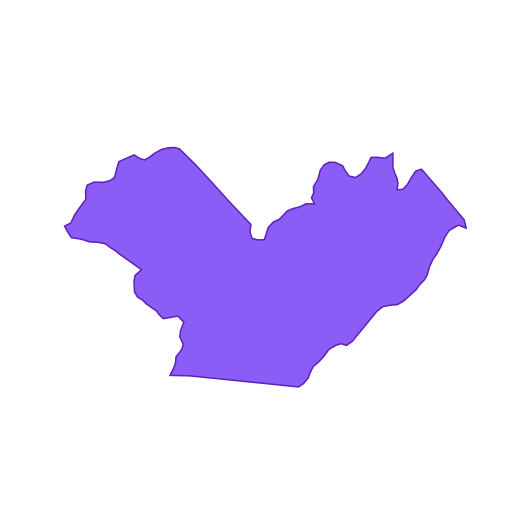 the district of Barro Preto, Bahia, Brazil, rotated 18°
{"feature_id": "56859067B30588354925121", "entity_name": "Barro Preto", "entity_type": "district", "adm_level": 2, "iso_a3": "BRA", "parent_name": "Brazil", "parent_adm1": "Bahia", "projection": "orthographic", "projection_center": [-39.447, -14.775], "detail": "fine", "context": "isolated", "style": "filled", "palette": "violet", "viewbox_px": 512, "rotation_deg": 18, "n_neighbors": 0, "source": "geoboundaries", "source_scale": "gbopen_adm2", "svg_char_len": 1821}
<svg xmlns="http://www.w3.org/2000/svg" viewBox="0 0 512 512"><g transform="rotate(18 256 256)"><path d="M447.3,164.6L442.8,157.2L437.7,154.1L430.5,149.6L419.9,142.9L413.1,138.3L386.6,122.3L381.7,125.8L379.6,133.0L377.8,141.4L375.0,147.2L369.7,149.5L368.5,142.9L365.9,138.3L362.3,134.3L358.8,129.4L357.1,123.9L354.4,115.9L348.5,123.2L341.0,124.6L335.0,126.6L334.2,132.9L333.1,138.9L330.6,145.5L326.4,150.6L319.8,151.2L314.6,147.4L310.5,143.4L302.5,142.5L296.7,144.1L292.8,148.0L290.6,154.5L291.2,164.0L289.2,172.2L291.4,178.3L290.8,183.6L295.6,188.3L287.6,190.8L282.6,195.6L276.6,199.4L271.8,203.4L269.1,209.3L266.6,214.2L261.9,218.4L258.8,225.0L258.9,232.4L258.8,238.1L252.3,240.2L246.8,240.4L242.8,235.0L241.5,227.7L212.8,212.0L190.7,199.3L169.5,187.4L149.9,177.7L144.9,178.0L139.1,180.2L133.4,183.7L128.1,189.3L124.0,195.1L120.4,199.1L115.1,199.1L108.9,197.5L101.9,203.7L96.4,208.6L96.6,216.6L97.2,224.8L94.2,229.1L88.4,233.0L79.2,235.7L73.6,240.7L73.8,246.5L76.6,254.7L73.2,264.9L70.8,272.9L69.7,281.8L64.7,286.7L68.6,290.6L74.7,295.6L84.6,294.0L93.5,294.0L101.6,291.8L108.8,290.9L115.5,293.2L120.4,294.4L125.7,296.4L151.3,304.4L146.9,312.0L148.0,318.6L151.6,327.8L156.0,331.7L161.5,332.9L166.5,335.4L172.9,337.4L177.8,338.8L182.0,341.7L187.2,344.2L193.8,340.8L200.2,337.3L207.9,341.3L207.3,350.0L208.4,356.2L214.1,362.6L214.2,368.2L211.1,376.5L212.5,382.7L212.3,388.2L211.2,396.1L229.9,390.5L336.9,367.4L340.7,362.5L343.3,356.0L343.6,349.7L344.6,343.5L348.7,336.8L351.9,329.4L354.2,322.3L359.8,316.0L364.2,313.1L369.7,313.1L374.1,307.1L387.9,271.6L392.1,265.2L398.7,261.4L405.6,258.5L410.8,252.5L414.7,245.6L418.6,238.8L420.4,233.0L423.5,226.8L424.6,221.7L424.4,212.0L425.4,204.0L427.1,198.8L428.8,190.2L429.8,179.8L431.8,172.0L439.1,164.0L447.3,164.6Z" fill="#8b5cf6" stroke="#5b21b6" stroke-width="1.5"/></g></svg>